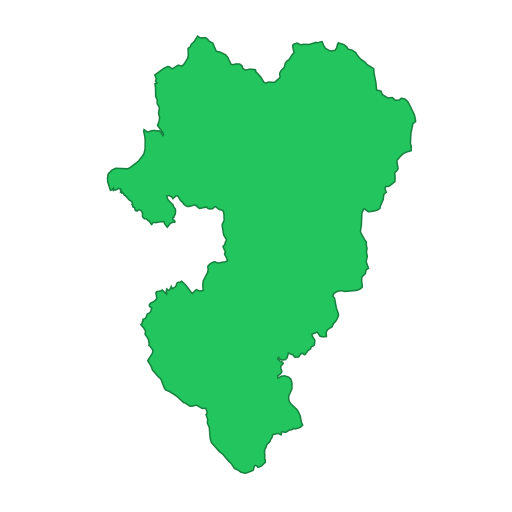 the district of Tran Yen, Yên Bái, Vietnam, rotated 183°
{"feature_id": "81297802B887089272157", "entity_name": "Tran Yen", "entity_type": "district", "adm_level": 2, "iso_a3": "VNM", "parent_name": "Vietnam", "parent_adm1": "Yên Bái", "projection": "natural_earth1", "projection_center": [104.812, 21.705], "detail": "fine", "context": "isolated", "style": "filled", "palette": "green", "viewbox_px": 512, "rotation_deg": 183, "n_neighbors": 0, "source": "geoboundaries", "source_scale": "gbopen_adm2", "svg_char_len": 6118}
<svg xmlns="http://www.w3.org/2000/svg" viewBox="0 0 512 512"><g transform="rotate(183 256 256)"><path d="M408.0,322.2L404.8,313.9L403.0,314.8L402.0,316.2L401.8,314.0L400.7,314.7L399.3,314.6L396.6,316.3L395.4,316.3L395.0,315.1L394.3,315.3L394.6,312.6L393.3,313.1L393.3,311.8L392.0,311.9L390.7,309.9L389.9,309.8L385.5,305.3L382.9,303.8L382.1,302.0L382.7,300.9L381.7,300.3L381.6,298.6L379.7,297.9L378.9,295.1L376.9,294.6L375.9,296.0L375.1,296.1L373.6,295.5L372.7,294.8L371.6,292.8L371.4,289.3L369.4,287.3L367.4,287.4L365.5,285.5L363.9,285.2L363.7,284.1L362.0,281.9L361.6,282.1L361.0,283.7L359.8,284.2L357.4,284.0L355.9,284.7L349.7,285.5L349.0,283.5L346.1,280.1L343.4,283.9L342.1,284.8L339.8,285.6L338.9,285.4L338.8,286.6L341.0,288.5L341.3,289.4L341.0,290.1L340.0,290.3L340.1,291.2L338.9,293.3L338.6,295.9L339.0,298.7L340.7,300.7L341.3,302.4L347.1,307.9L348.3,311.2L346.7,311.7L345.5,311.9L344.5,311.0L343.4,310.8L342.0,308.9L338.9,312.0L337.7,311.8L336.8,311.3L334.4,307.5L331.8,305.5L330.8,303.8L327.2,301.8L324.7,302.1L320.4,303.7L318.9,303.4L314.9,300.5L308.4,302.2L307.8,302.2L306.3,300.8L303.2,300.6L301.8,301.0L300.0,302.9L299.0,303.2L294.9,300.3L293.0,300.3L290.9,298.9L290.2,296.0L289.7,289.8L291.4,285.8L291.4,284.8L289.4,275.3L286.3,270.7L287.6,267.3L287.8,265.5L289.4,264.1L289.4,263.5L286.6,257.9L287.5,257.2L287.4,255.9L285.6,253.1L284.2,249.9L286.5,248.4L289.7,248.0L292.4,247.0L295.0,247.3L296.9,248.2L297.7,248.0L301.3,246.0L303.1,243.9L303.7,242.6L303.1,240.7L303.4,237.2L307.4,228.3L307.7,224.3L306.9,218.7L310.4,218.1L313.9,219.3L317.8,215.1L324.8,223.4L329.0,227.0L330.6,225.7L332.0,225.8L333.6,224.6L334.5,221.4L337.4,219.2L337.8,219.1L338.4,219.8L339.0,221.1L339.9,218.6L341.0,217.3L341.8,217.1L343.3,218.5L343.8,216.4L343.1,213.9L343.2,213.2L347.9,217.2L349.4,216.0L353.2,215.3L354.1,213.8L352.9,209.2L353.3,207.5L355.7,205.2L359.0,203.3L360.0,201.6L359.5,199.8L357.5,199.1L358.2,195.3L359.1,193.7L361.4,192.6L363.0,188.0L365.6,186.8L365.8,186.0L365.3,185.1L366.2,184.1L366.2,182.8L367.4,181.4L364.2,178.0L362.4,175.3L362.7,172.0L360.7,169.6L358.8,166.4L358.7,164.9L358.1,163.5L358.3,161.0L357.3,160.6L354.0,156.4L354.4,153.4L358.7,145.9L355.2,140.7L353.4,136.7L347.3,130.3L344.7,128.4L340.4,118.9L339.2,117.5L335.5,116.2L327.5,111.6L320.6,105.8L319.0,105.5L314.3,102.6L311.7,102.7L307.7,104.0L301.7,100.9L298.2,101.3L296.6,97.4L296.7,96.1L297.6,95.1L295.7,90.2L295.9,86.8L293.7,82.4L292.3,71.9L290.8,67.4L282.7,59.1L278.9,56.4L272.5,49.6L269.8,47.4L266.5,42.8L262.0,40.9L260.0,39.4L255.2,38.4L248.0,41.6L247.4,42.4L246.8,45.6L246.2,46.8L244.5,46.5L243.0,45.1L242.3,45.2L239.5,46.6L235.9,50.5L236.0,52.3L236.8,55.2L236.7,58.3L237.3,59.7L237.0,61.2L237.4,62.4L236.0,65.5L235.4,68.2L232.4,71.3L232.0,72.9L230.2,76.3L230.2,78.2L229.8,78.5L224.4,80.0L221.6,78.7L221.3,79.5L221.4,81.0L220.8,81.9L217.9,81.4L216.6,81.7L213.4,84.0L210.6,84.6L209.7,85.8L207.6,85.4L203.1,87.0L200.5,89.5L201.9,92.2L203.5,98.7L205.9,103.3L207.5,105.2L213.7,110.4L215.7,113.7L216.0,117.9L213.2,125.1L213.4,130.8L214.7,134.8L217.2,136.8L221.1,137.8L224.3,137.3L227.8,135.2L228.0,137.7L226.3,138.6L224.3,141.2L224.2,142.2L225.4,145.4L225.5,147.4L223.2,150.0L223.8,151.3L226.1,151.8L228.9,154.1L229.1,155.0L228.0,156.0L227.0,154.5L224.8,153.4L221.3,154.0L219.6,156.0L218.6,160.8L213.2,158.8L212.5,157.2L211.9,157.0L208.1,157.4L206.5,160.1L204.8,161.4L202.6,160.0L201.9,160.1L199.0,164.4L196.6,166.2L196.2,168.0L193.8,169.4L193.0,170.4L192.8,174.9L195.3,178.5L196.0,180.3L195.8,181.1L193.1,182.0L191.2,183.3L190.5,182.8L187.9,179.3L186.0,178.8L181.7,179.1L181.4,179.6L182.0,183.1L181.0,185.6L179.9,186.9L176.3,189.3L175.1,192.6L173.3,194.5L171.7,197.4L170.6,200.5L170.7,202.5L173.1,208.5L175.3,217.8L177.2,220.1L176.4,222.5L173.3,224.8L168.8,225.9L165.5,225.2L153.8,226.9L150.7,228.2L148.3,230.3L148.3,231.6L149.2,236.5L149.2,240.6L145.9,244.1L145.4,247.8L143.0,249.6L145.5,255.6L145.6,257.0L144.8,261.4L145.9,265.6L145.5,269.6L146.4,272.3L146.5,275.7L148.3,277.9L152.8,285.1L153.0,286.4L152.4,292.2L152.5,304.6L150.8,308.8L149.5,308.4L147.0,306.5L145.6,306.0L139.5,307.4L137.1,308.3L134.7,310.0L134.5,312.1L131.9,319.1L131.6,324.1L129.3,326.4L130.6,329.9L130.5,331.5L129.9,332.3L127.9,332.2L126.0,333.2L121.1,337.6L121.2,342.1L121.8,346.3L119.4,349.1L118.7,350.8L120.3,358.0L120.1,359.0L116.9,363.2L114.0,366.1L111.9,367.4L106.6,369.2L106.7,373.6L107.7,376.5L107.7,386.7L106.3,396.1L103.6,398.7L104.1,401.2L105.2,405.3L111.5,416.6L112.8,418.4L115.6,420.6L119.2,421.2L121.1,419.2L124.1,418.8L125.2,419.0L128.2,421.4L132.5,420.7L138.3,423.8L139.9,427.3L144.2,428.0L145.4,435.7L147.7,444.7L148.2,449.2L155.0,452.9L157.7,455.6L161.9,458.2L165.1,461.4L166.9,464.2L171.0,466.7L175.2,467.5L176.3,469.6L179.1,471.6L184.8,473.2L185.6,472.0L186.4,468.1L187.5,465.9L188.4,465.3L191.9,464.7L193.4,464.9L197.5,467.0L199.2,469.3L201.2,473.5L201.6,473.6L205.9,472.0L207.3,472.5L214.1,470.0L219.7,469.9L222.3,469.2L226.1,470.8L229.8,469.3L230.3,468.4L230.1,466.2L228.6,461.0L230.0,459.6L233.5,453.5L235.0,452.7L236.8,450.1L237.7,445.6L240.6,442.6L241.6,440.5L242.0,439.1L241.3,436.4L241.8,435.1L246.7,430.3L252.5,430.4L255.4,429.1L257.1,429.9L260.8,435.2L266.0,440.3L266.2,441.9L266.6,442.1L271.7,442.3L276.3,441.1L279.1,442.7L279.9,445.2L282.2,446.8L286.0,446.8L288.9,445.8L291.0,446.2L294.7,453.0L296.8,455.3L302.8,457.9L306.3,458.3L310.4,466.5L313.8,467.9L315.6,469.9L317.8,471.4L323.2,470.9L325.9,472.5L328.9,466.9L331.6,464.2L332.7,461.4L334.7,459.7L334.1,452.1L334.7,449.7L337.4,444.7L339.4,442.2L340.6,441.9L343.7,442.5L349.4,438.5L352.7,440.5L354.0,440.7L358.1,438.4L366.5,431.5L364.8,427.6L365.5,425.5L364.0,423.3L366.0,422.7L365.2,419.3L364.5,409.8L362.9,407.0L362.7,403.4L362.2,402.0L360.6,400.0L360.3,398.6L360.8,393.4L359.5,389.1L359.9,385.0L361.2,381.7L360.9,380.8L355.2,374.1L354.7,371.9L355.3,371.3L357.6,374.7L359.3,376.0L360.1,375.7L364.4,376.1L367.5,375.4L369.8,374.2L371.2,374.3L374.4,376.4L374.7,374.7L373.2,369.2L372.7,365.4L372.4,357.1L373.3,352.1L375.1,349.2L378.7,344.2L386.8,337.4L388.8,336.4L400.6,336.3L404.3,334.3L407.9,330.3L408.4,326.0L408.0,322.2Z" fill="#22c55e" stroke="#15803d" stroke-width="1.5"/></g></svg>